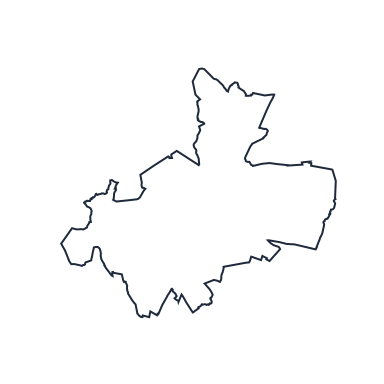 outline of Tetla de la Solidaridad, Tlaxcala, Mexico, rotated 342°
{"feature_id": "50627088B304206473512", "entity_name": "Tetla de la Solidaridad", "entity_type": "district", "adm_level": 2, "iso_a3": "MEX", "parent_name": "Mexico", "parent_adm1": "Tlaxcala", "projection": "mercator", "projection_center": [-98.094, 19.495], "detail": "fine", "context": "isolated", "style": "outline", "palette": "slate", "viewbox_px": 384, "rotation_deg": 342, "n_neighbors": 0, "source": "geoboundaries", "source_scale": "gbopen_adm2", "svg_char_len": 6017}
<svg xmlns="http://www.w3.org/2000/svg" viewBox="0 0 384 384"><g transform="rotate(342 192 192)"><path d="M51.6,200.7L53.0,207.6L53.3,210.3L53.9,220.1L54.9,223.3L57.6,224.1L58.2,224.4L62.7,227.0L64.5,228.3L65.7,227.8L66.9,228.1L67.4,228.1L67.8,227.8L68.7,226.3L69.4,226.0L71.9,226.0L75.0,225.9L75.8,224.2L76.6,223.1L79.3,218.2L80.8,215.8L81.5,214.4L83.9,214.6L85.3,215.1L85.7,215.8L86.4,216.7L86.7,217.4L86.7,219.7L86.3,222.4L85.4,224.5L85.0,227.9L85.4,230.1L86.2,233.3L86.3,234.9L86.0,234.9L86.6,237.5L89.7,246.4L90.5,247.3L90.9,245.0L91.6,243.5L92.1,243.7L91.8,244.3L99.8,248.6L99.3,254.6L99.5,256.6L99.8,256.6L100.0,256.2L101.2,256.9L100.9,257.8L101.2,258.7L101.4,261.2L100.7,262.4L100.5,263.4L100.2,264.1L100.2,265.2L99.9,266.1L100.2,267.5L99.8,268.8L101.5,276.0L102.4,278.8L103.6,281.4L102.6,290.0L102.4,290.3L103.3,292.9L104.5,294.7L105.6,295.5L106.2,295.7L107.0,294.2L112.6,297.8L115.5,292.7L120.6,298.4L121.6,297.2L122.2,297.8L129.1,290.0L135.5,284.2L137.0,282.6L138.5,281.6L142.7,277.8L143.0,277.8L143.3,278.7L143.5,278.9L143.0,280.1L143.0,280.5L144.9,283.7L144.9,284.5L145.2,286.0L145.0,286.6L142.6,287.7L142.9,288.4L143.4,289.2L145.3,291.3L145.3,291.6L145.2,292.3L150.4,286.3L151.2,289.0L152.6,295.9L155.5,306.8L156.1,306.8L158.3,305.9L160.1,305.5L161.2,304.9L162.1,304.9L162.4,304.7L162.3,303.6L162.6,303.4L164.0,303.4L166.0,302.7L166.2,302.4L166.3,302.0L166.6,301.8L167.0,302.0L167.4,302.4L169.3,302.6L169.7,302.9L170.3,303.1L170.5,303.2L170.9,303.9L172.3,303.8L172.8,304.0L173.1,304.5L173.6,304.4L174.1,303.9L174.2,303.5L174.5,303.4L175.3,303.9L176.1,303.8L176.4,303.4L176.5,303.0L176.9,302.2L176.8,300.4L176.5,299.5L176.6,298.6L176.9,298.4L177.4,298.6L177.7,298.5L178.6,297.5L179.5,296.7L179.9,295.9L179.5,293.0L178.9,290.7L178.6,289.6L175.7,283.0L185.6,282.4L188.7,284.2L190.7,286.1L192.7,284.3L193.6,281.8L194.3,280.3L195.6,278.6L196.6,277.5L197.0,276.6L198.1,275.1L198.8,273.5L198.9,272.9L221.4,275.9L224.5,276.6L225.3,275.9L226.1,275.0L228.3,271.8L229.1,272.3L236.6,278.1L239.2,274.6L242.7,278.1L242.2,278.6L241.9,279.0L244.4,281.6L258.1,273.6L258.1,272.9L257.5,271.0L253.6,268.1L252.8,267.3L251.0,265.0L249.2,261.4L249.8,261.5L259.7,266.7L265.9,270.6L273.5,273.6L291.9,284.8L292.7,284.1L293.6,283.1L293.4,282.9L298.7,276.6L299.6,275.2L301.6,273.3L303.1,271.6L307.0,265.0L307.8,263.3L307.6,262.7L307.5,261.9L307.6,261.4L308.0,260.9L308.3,260.7L309.1,260.6L309.1,260.3L309.4,260.0L310.1,259.3L311.1,259.1L312.1,259.3L312.6,259.1L312.9,258.7L313.3,258.8L316.5,255.7L315.8,255.4L317.5,253.7L317.4,253.2L317.5,253.1L317.6,253.3L318.7,251.7L319.9,252.0L320.7,251.9L321.6,251.5L322.3,250.9L324.6,247.2L324.4,245.6L324.2,245.3L324.1,244.2L324.4,243.9L325.8,243.1L326.3,243.0L326.1,242.2L332.2,225.8L332.4,214.2L331.6,213.6L313.4,203.8L314.4,201.3L312.7,200.4L313.9,199.6L310.1,198.7L305.6,197.8L305.5,200.1L291.4,196.5L291.7,196.2L281.7,191.8L274.6,188.4L267.3,186.8L258.2,186.1L258.3,185.7L257.5,185.3L256.8,184.7L256.3,183.1L256.0,181.4L255.8,181.0L254.3,180.6L253.4,180.0L252.9,179.4L252.7,179.0L252.9,178.1L252.8,177.3L252.6,176.8L253.0,176.2L253.3,175.5L261.7,166.6L264.0,165.0L264.2,164.7L276.3,163.0L276.3,162.6L276.7,162.3L277.0,162.1L277.6,162.1L279.0,161.2L280.1,160.9L280.6,160.5L281.4,159.0L283.0,157.4L283.0,157.1L282.9,156.5L282.1,155.2L281.3,154.5L280.0,154.4L278.7,153.4L276.5,152.0L275.8,151.9L275.7,151.7L288.4,137.2L294.2,131.0L298.0,127.5L300.3,124.8L300.1,124.6L297.0,123.8L291.1,122.7L280.6,116.7L279.5,118.0L278.3,117.7L277.9,118.5L275.3,117.9L272.9,117.1L273.5,115.6L272.5,112.0L270.3,109.4L268.5,107.0L269.0,106.2L268.8,104.6L269.1,102.9L269.0,102.7L268.4,101.8L267.6,101.6L266.7,101.0L266.4,101.0L265.2,101.6L264.0,101.8L263.2,102.2L262.9,102.7L262.2,102.8L261.6,102.6L259.1,104.9L257.2,107.6L256.0,106.1L256.1,105.5L255.4,103.8L255.3,103.2L254.8,102.6L254.5,100.5L253.8,99.0L253.4,98.4L250.7,93.3L250.2,92.8L249.7,92.2L248.3,91.5L247.6,90.8L241.6,78.9L239.7,77.7L236.8,77.2L226.8,87.1L225.4,100.5L228.3,106.4L225.5,107.4L225.1,107.4L224.7,108.0L224.8,108.7L224.5,109.5L224.2,110.3L224.1,111.0L224.3,112.1L224.0,112.6L224.0,114.4L223.5,116.6L223.0,117.8L222.1,119.1L221.8,119.9L221.2,120.6L220.3,122.4L220.1,123.3L220.4,124.0L220.5,124.6L219.9,124.8L219.8,125.2L219.8,125.6L220.6,126.7L221.6,127.5L221.7,127.9L223.3,128.7L223.9,129.1L224.7,130.3L224.7,130.9L218.9,131.8L219.0,135.1L218.8,135.9L218.5,136.4L217.3,137.4L216.6,138.4L215.1,139.5L214.6,140.0L213.8,142.4L211.8,145.0L210.8,145.6L209.1,146.5L208.5,147.1L208.1,147.8L207.9,148.8L207.9,150.1L208.4,151.8L208.8,152.5L209.0,153.2L208.9,154.1L208.1,155.6L208.0,156.6L208.2,157.9L208.5,158.5L208.4,159.1L208.7,162.1L207.4,167.9L206.7,168.5L190.2,148.2L183.9,149.9L183.5,151.0L183.5,153.5L181.0,152.8L181.1,151.7L180.4,150.8L164.8,154.9L148.2,159.7L147.1,167.8L146.2,169.5L145.9,171.1L146.1,172.7L147.2,173.0L148.6,174.6L147.1,175.4L146.2,176.1L140.7,181.1L139.7,181.5L138.7,181.9L137.3,181.9L130.3,180.5L117.2,177.7L114.7,175.2L115.0,175.0L114.9,174.8L115.7,173.7L117.3,169.8L118.0,168.5L120.3,166.7L120.7,165.0L119.7,164.9L121.9,162.1L124.3,160.2L122.4,159.3L120.7,157.5L119.5,155.8L119.1,155.9L117.8,155.7L117.4,156.8L117.2,158.4L116.6,159.2L115.5,159.9L114.6,160.8L113.6,162.7L113.2,163.6L112.1,163.6L110.9,165.2L111.0,166.2L110.4,166.7L109.2,167.0L108.1,166.8L107.9,166.5L106.9,165.8L106.2,165.7L105.7,165.4L104.7,165.7L102.5,165.3L101.1,165.6L100.5,165.1L100.4,164.2L99.9,164.2L99.6,164.7L97.6,166.6L97.1,166.6L96.0,166.4L95.7,166.7L95.7,167.1L95.4,167.4L95.2,167.4L95.0,166.8L94.6,166.7L94.3,166.9L94.0,167.7L93.2,167.4L92.3,169.0L91.4,168.8L90.2,168.2L89.8,168.3L89.5,167.9L89.1,167.8L88.7,167.9L88.1,168.4L87.8,168.4L87.3,168.2L87.0,168.6L86.2,168.6L86.0,168.8L86.6,170.1L86.9,170.5L87.7,173.4L89.5,174.9L90.4,176.1L90.7,177.8L90.7,178.9L90.6,179.4L90.0,180.1L89.4,181.9L88.0,183.3L87.7,183.9L86.9,186.4L86.6,189.2L85.0,188.9L84.5,189.9L82.1,191.7L81.1,193.3L80.1,193.4L78.5,193.9L76.7,194.0L75.6,193.2L71.2,192.1L69.8,191.4L69.0,190.8L66.7,189.4L51.6,200.7Z" fill="none" stroke="#1e293b" stroke-width="2"/></g></svg>